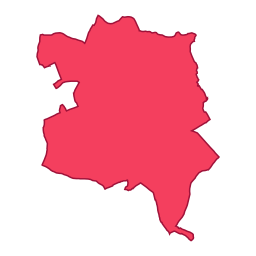 Bicaz, Maramures, Romania (orthographic projection)
{"feature_id": "2599482B90177123202958", "entity_name": "Bicaz", "entity_type": "district", "adm_level": 2, "iso_a3": "ROU", "parent_name": "Romania", "parent_adm1": "Maramures", "projection": "orthographic", "projection_center": [23.009, 47.453], "detail": "fine", "context": "isolated", "style": "filled", "palette": "rose", "viewbox_px": 256, "rotation_deg": 0, "n_neighbors": 0, "source": "geoboundaries", "source_scale": "gbopen_adm2", "svg_char_len": 5678}
<svg xmlns="http://www.w3.org/2000/svg" viewBox="0 0 256 256"><path d="M208.3,169.9L210.4,167.6L213.0,163.7L214.5,162.0L215.4,160.7L216.9,158.9L218.2,158.0L219.0,157.0L215.1,152.8L213.9,151.2L210.1,147.2L197.4,133.0L194.1,131.6L191.7,130.8L196.5,128.1L199.7,126.1L201.4,125.2L204.7,123.1L205.6,122.7L205.9,122.8L208.4,120.5L210.0,119.5L207.2,114.2L205.7,112.0L205.2,112.2L204.4,112.1L204.2,112.0L203.3,110.1L202.7,108.2L203.0,107.4L203.3,105.9L203.3,102.7L203.6,102.6L203.7,102.3L203.8,102.1L204.7,101.7L205.0,101.2L205.5,101.3L205.9,101.2L207.5,99.3L207.8,99.0L208.0,99.2L207.4,98.5L207.4,98.0L206.5,98.8L206.3,98.8L206.5,98.1L206.4,97.6L205.6,96.0L204.6,93.2L204.1,92.3L203.1,90.9L203.0,90.6L202.1,89.4L201.4,89.5L199.2,85.8L198.3,85.6L198.1,86.1L197.6,85.8L197.9,84.7L198.3,84.2L197.9,83.6L196.8,82.2L198.1,81.0L198.7,79.8L197.9,78.7L197.4,77.3L197.0,77.0L197.0,76.8L196.2,74.4L196.2,74.1L196.6,73.6L196.8,73.4L197.2,73.3L197.2,72.5L197.2,72.0L196.8,71.3L196.4,70.9L197.0,68.2L197.6,68.0L197.6,67.7L197.0,65.0L196.2,63.9L196.2,63.4L195.7,62.7L194.9,62.2L194.3,61.6L191.8,55.9L190.2,51.6L190.3,48.9L190.1,46.7L190.4,44.7L190.7,44.1L192.6,41.9L193.2,41.6L194.4,41.3L194.1,40.2L194.1,39.9L194.7,38.6L194.7,37.4L195.3,36.4L196.0,35.5L195.9,34.9L195.5,34.4L194.2,33.7L193.6,33.6L192.6,33.1L191.6,32.9L188.6,33.6L188.0,33.5L187.3,34.2L186.8,34.5L184.8,34.9L183.1,35.1L182.0,35.0L180.9,34.7L178.7,32.2L178.1,32.1L176.3,32.9L175.8,33.8L175.3,35.0L174.5,36.0L173.9,36.4L171.7,37.0L168.6,37.1L166.7,36.9L164.8,36.5L164.1,36.0L162.2,35.0L160.5,34.9L158.2,34.4L157.3,33.8L156.4,32.7L155.9,32.5L155.0,32.4L152.5,32.9L151.5,32.7L150.3,31.8L149.2,31.5L147.4,31.7L145.5,31.2L143.7,31.5L142.5,31.5L141.2,31.3L140.1,30.8L139.3,30.8L139.1,29.7L138.3,27.8L136.5,23.9L135.5,21.6L135.1,20.9L134.2,19.2L133.9,18.8L132.9,18.0L131.1,17.1L129.4,16.8L127.9,16.7L124.5,17.2L122.5,16.8L121.5,17.8L118.9,20.8L117.5,21.2L112.6,23.5L110.5,23.7L108.0,23.3L106.9,22.7L104.7,21.1L104.0,20.3L103.2,19.2L102.3,18.4L99.3,16.0L98.1,15.4L96.5,18.7L96.3,19.9L95.9,21.5L95.7,22.5L95.1,23.7L94.2,24.8L94.1,25.3L92.7,25.1L92.2,26.2L90.5,28.9L90.1,29.8L90.0,30.4L89.0,31.9L88.5,32.9L86.6,39.0L85.2,42.4L84.7,43.3L83.0,41.9L82.1,41.3L78.1,40.1L75.5,39.1L72.6,38.6L70.5,37.8L69.6,37.3L68.7,37.1L66.9,36.3L63.5,34.0L62.3,33.4L60.6,32.9L59.6,32.8L55.8,33.1L53.7,33.7L51.8,34.9L51.1,35.1L45.2,35.1L43.7,35.0L42.7,34.4L41.2,34.8L40.4,34.9L39.9,37.3L39.8,39.5L39.8,41.3L39.3,43.0L38.6,44.7L38.0,46.9L37.9,48.2L38.1,49.5L38.1,50.4L37.9,51.7L37.4,53.1L37.2,54.5L37.2,55.5L37.0,56.2L37.1,57.0L39.8,64.6L40.8,64.5L41.4,64.7L42.1,65.1L42.5,65.0L44.5,67.7L46.8,66.7L48.6,66.2L49.3,65.9L49.7,65.9L49.3,65.3L54.8,62.6L55.9,64.8L59.1,73.5L61.4,79.3L57.9,81.0L57.3,81.7L55.8,82.9L55.0,83.6L53.6,84.3L55.2,87.0L55.7,87.6L56.1,88.4L56.3,88.4L57.5,87.8L60.3,85.5L61.9,83.6L62.9,82.7L65.2,81.9L66.9,81.6L71.0,81.2L77.1,81.2L79.2,82.4L75.0,90.0L73.9,93.2L73.6,93.2L74.0,96.4L74.4,97.9L74.5,98.8L74.9,100.4L75.3,101.6L76.6,102.9L76.8,103.3L78.0,106.4L76.8,106.9L73.6,108.1L69.5,109.5L66.5,110.9L66.2,110.5L65.4,108.5L64.5,107.3L64.0,106.3L63.2,105.6L62.7,104.8L62.3,104.6L60.5,105.7L60.6,106.1L60.4,106.4L60.4,106.7L60.2,107.0L60.2,107.5L59.8,108.7L59.5,110.3L59.5,110.9L60.1,112.7L56.7,114.1L54.9,115.2L54.2,115.5L53.5,115.9L52.1,116.5L47.2,118.8L45.1,119.5L44.2,120.1L44.4,121.7L44.3,124.6L43.8,126.5L43.5,127.2L43.2,127.5L43.3,130.3L43.6,132.6L43.9,133.4L44.2,134.4L44.2,135.8L44.3,136.2L45.4,138.4L45.8,139.7L46.8,141.8L47.4,143.5L47.1,147.7L47.0,148.7L47.2,149.8L46.9,150.9L46.6,153.0L46.2,154.9L44.3,159.9L42.1,164.9L42.2,165.2L45.5,166.5L47.0,167.3L49.7,169.1L50.6,170.0L52.5,171.2L54.0,171.7L56.4,172.9L60.0,173.4L60.9,173.4L62.3,173.7L64.1,174.6L65.9,175.1L68.0,175.9L69.0,176.6L71.4,177.7L73.1,178.3L76.5,178.6L79.2,178.6L80.0,178.8L84.6,178.8L88.2,179.0L90.7,179.5L92.6,180.5L96.1,181.0L96.7,181.4L97.7,182.4L99.1,183.5L102.0,185.0L102.8,185.6L103.4,186.2L104.3,187.7L105.0,189.1L105.5,188.9L106.0,188.5L107.1,188.0L108.6,187.5L112.4,186.0L112.7,185.8L112.8,185.4L112.9,185.2L114.1,184.4L118.9,182.3L119.9,182.3L120.8,181.5L121.7,181.5L123.6,180.8L125.4,180.8L126.1,180.7L126.9,180.2L127.4,180.1L127.6,180.3L127.6,181.3L128.0,182.6L128.0,183.1L127.6,185.7L127.3,186.2L126.3,186.7L125.7,187.1L125.4,187.6L124.8,189.4L127.0,189.7L127.9,190.3L128.5,190.5L129.2,190.0L130.7,190.0L132.1,188.7L132.5,188.5L132.9,188.7L133.1,188.5L133.2,188.0L133.8,187.8L134.1,187.3L134.9,186.7L135.9,185.8L139.6,183.6L140.3,183.0L140.6,182.9L146.5,187.2L149.5,189.8L153.0,192.3L153.3,192.7L153.8,194.4L155.0,199.4L155.1,199.7L155.4,199.5L155.5,199.6L156.6,202.9L156.6,203.4L156.8,204.2L156.9,204.8L157.1,205.1L157.5,207.2L157.8,210.1L158.2,212.0L158.9,214.3L159.3,216.7L159.8,218.2L159.8,219.1L160.4,220.8L161.1,222.2L162.0,222.5L162.0,223.2L162.1,223.4L164.2,226.4L165.9,228.6L166.9,230.2L168.1,231.2L168.9,232.2L169.1,232.7L169.6,234.0L170.0,233.2L170.5,232.8L173.5,231.4L174.2,231.2L175.0,231.3L179.0,233.4L180.1,233.8L181.3,233.9L181.5,233.6L181.9,233.6L183.0,234.4L185.4,235.5L188.2,238.0L189.0,239.1L191.0,240.6L191.4,240.5L192.8,239.2L193.3,238.5L193.5,237.9L193.5,237.7L193.3,236.7L193.2,234.6L192.5,233.7L191.7,233.2L190.0,232.2L187.3,231.3L184.8,230.1L182.2,229.2L180.4,228.0L179.4,228.5L178.6,228.3L178.2,227.8L178.4,227.4L177.5,227.0L176.3,226.2L175.8,226.1L177.2,224.1L177.7,222.9L178.9,221.1L182.2,217.1L183.4,215.1L183.5,214.7L183.8,214.5L184.5,212.2L184.5,211.9L184.6,211.6L186.5,207.2L187.3,205.0L189.9,194.2L189.6,191.3L189.7,188.6L190.6,184.2L191.1,182.7L192.6,180.9L195.2,178.0L195.9,176.5L198.9,172.8L201.5,171.3L202.5,170.8L205.3,170.5L207.1,170.0L207.6,169.7L208.3,169.9Z" fill="#f43f5e" stroke="#9f1239" stroke-width="1.5"/></svg>